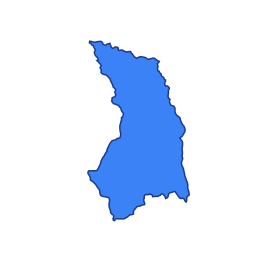 Joaquim Felício, Minas Gerais, Brazil (Natural Earth projection), rotated 327°
{"feature_id": "56859067B86267150913030", "entity_name": "Joaquim Felício", "entity_type": "district", "adm_level": 2, "iso_a3": "BRA", "parent_name": "Brazil", "parent_adm1": "Minas Gerais", "projection": "natural_earth1", "projection_center": [-44.115, -17.647], "detail": "fine", "context": "isolated", "style": "filled", "palette": "blue", "viewbox_px": 256, "rotation_deg": 327, "n_neighbors": 0, "source": "geoboundaries", "source_scale": "gbopen_adm2", "svg_char_len": 4398}
<svg xmlns="http://www.w3.org/2000/svg" viewBox="0 0 256 256"><g transform="rotate(327 128 128)"><path d="M153.1,43.1L152.9,41.3L152.0,40.2L151.0,39.7L149.8,39.2L148.7,38.7L147.5,38.3L146.5,37.6L145.4,36.7L144.4,35.4L143.1,34.3L142.0,35.6L142.9,37.1L143.0,39.1L143.8,40.6L143.3,42.0L143.3,44.1L142.3,45.4L140.9,46.3L140.3,48.4L140.2,50.1L140.6,52.0L140.7,53.7L140.0,54.7L138.7,54.4L139.2,56.4L139.3,57.9L139.6,59.6L139.5,61.3L138.2,61.6L137.3,62.5L137.3,64.3L136.6,65.6L135.6,66.8L135.9,68.4L136.9,70.0L138.1,71.0L138.8,72.3L139.3,74.6L139.6,76.6L139.2,78.6L138.9,80.6L138.8,81.9L138.6,83.5L137.9,85.4L138.3,87.1L138.8,88.6L137.6,89.9L136.3,90.9L136.2,92.3L135.4,94.0L133.8,94.7L132.2,94.1L130.8,94.2L130.4,95.3L129.2,96.1L128.8,97.8L129.2,99.8L130.7,101.5L131.7,103.2L132.6,104.4L132.3,105.8L132.9,107.3L132.0,109.4L131.9,111.2L132.2,113.0L131.5,114.0L130.7,114.9L129.6,115.6L128.2,115.7L127.5,116.7L126.9,117.9L125.6,118.6L124.6,119.9L123.4,120.7L122.0,122.2L121.0,123.9L120.2,125.3L119.5,126.9L118.7,129.1L117.4,130.6L116.1,131.7L114.7,131.6L113.2,130.8L111.7,131.1L110.5,131.0L109.0,130.3L107.3,130.1L106.1,130.5L104.8,131.0L103.3,131.8L101.6,132.9L100.4,133.6L99.3,134.2L98.2,135.1L97.6,136.3L96.3,136.4L95.2,137.0L93.9,137.7L92.3,138.7L90.9,139.0L89.4,139.9L88.0,140.7L86.8,141.6L85.9,142.6L85.0,143.2L84.0,143.9L82.8,144.5L81.7,145.3L80.5,145.8L79.4,146.5L78.0,146.5L76.4,145.5L75.1,144.6L74.1,144.1L73.1,143.4L71.9,142.6L70.4,143.1L69.6,144.8L69.7,146.4L69.6,147.8L69.3,149.3L68.1,151.1L68.6,152.4L69.2,153.5L69.6,155.2L70.1,157.5L70.1,159.8L70.2,162.8L70.3,164.4L69.8,165.7L69.1,167.1L68.5,168.5L68.5,170.0L69.1,171.0L70.0,171.9L71.4,173.3L72.7,174.5L73.5,175.4L73.9,176.7L73.5,178.2L72.5,179.4L71.8,180.2L70.8,181.3L70.0,182.5L69.1,184.3L68.6,186.0L68.4,187.7L67.5,189.0L67.3,191.0L68.2,192.7L68.1,194.1L67.2,195.0L66.0,195.9L65.5,197.5L66.3,198.4L67.6,197.5L69.0,197.8L70.3,198.8L71.6,199.7L72.8,200.5L74.2,201.5L76.0,202.2L77.5,202.1L78.7,202.3L80.3,202.1L81.3,201.7L82.7,202.1L84.2,202.8L85.8,203.1L86.4,201.9L87.1,201.0L88.6,200.1L90.4,199.6L92.1,199.0L93.3,199.0L94.8,199.6L95.8,200.1L97.2,200.2L98.6,200.6L100.2,201.3L101.0,200.3L101.4,198.3L102.1,196.5L103.5,195.7L104.1,194.5L105.4,193.4L107.3,193.8L108.4,194.9L109.8,195.0L111.0,196.2L111.9,197.6L111.3,199.0L112.7,199.8L114.4,200.6L115.8,201.7L117.0,201.6L118.3,202.0L120.0,201.6L121.0,201.9L121.4,203.1L121.6,204.4L121.7,205.9L121.2,207.6L122.8,207.9L124.3,207.3L125.2,206.4L126.2,205.4L127.6,205.2L129.2,205.6L130.5,206.1L131.6,206.2L132.7,206.7L132.9,208.4L133.0,210.8L133.0,212.9L133.2,214.8L134.2,216.1L135.7,216.6L136.4,218.0L136.2,219.3L136.0,220.5L136.3,221.7L137.4,221.2L138.5,219.6L139.5,218.2L140.5,217.7L141.7,217.7L142.9,217.4L143.8,215.7L144.4,214.1L144.8,212.4L145.4,210.8L146.2,209.6L147.1,208.4L147.6,207.3L148.1,205.9L148.5,203.6L148.9,202.1L149.3,200.4L149.8,198.6L150.5,197.0L151.0,195.6L151.5,194.3L152.2,192.7L152.6,190.9L152.7,189.0L153.4,187.1L154.4,185.7L155.3,184.9L156.2,184.3L157.3,183.4L157.7,182.0L158.3,180.7L159.5,179.4L160.7,177.7L161.1,176.5L161.7,175.3L162.9,173.9L164.1,172.5L165.1,171.1L165.8,170.0L166.2,168.6L166.1,166.2L166.1,164.6L167.3,164.5L168.4,164.6L169.7,164.1L171.4,163.2L173.2,162.3L174.6,161.1L175.3,159.6L175.7,158.3L175.9,156.4L175.5,154.4L175.8,152.9L175.9,151.5L176.4,149.9L177.1,147.8L176.6,145.8L175.8,143.9L175.7,142.1L176.3,139.9L177.3,138.4L178.3,136.8L178.3,134.6L177.3,133.4L176.4,132.4L176.5,130.7L176.9,129.0L177.7,127.8L178.8,126.8L178.4,125.6L178.4,124.2L179.1,122.8L180.0,121.8L181.1,120.5L182.2,118.5L183.5,117.9L184.4,117.0L184.4,115.7L183.9,114.2L182.6,113.4L182.3,112.2L183.1,110.6L183.9,109.8L184.9,109.2L185.6,108.3L185.1,107.1L185.3,104.8L184.5,103.1L184.7,101.7L185.2,100.5L184.7,99.1L185.0,97.5L184.2,96.3L184.9,94.7L185.7,93.4L186.7,92.9L186.9,91.7L187.7,90.0L189.3,89.8L190.5,89.1L189.5,87.9L188.9,86.4L188.7,85.1L188.1,83.9L186.9,82.9L185.6,82.6L184.4,82.0L182.6,81.7L181.8,80.6L181.3,79.1L180.2,77.5L178.8,76.3L177.5,75.0L175.8,74.6L174.6,74.3L173.3,74.5L172.7,73.1L172.0,71.5L172.0,69.9L172.0,68.5L171.6,67.0L171.8,65.3L170.2,64.3L168.9,63.8L167.5,62.8L166.5,61.1L165.5,59.3L164.1,58.6L162.8,58.2L162.3,57.0L163.4,55.8L163.1,54.5L161.9,53.4L160.9,52.9L159.8,53.2L158.5,52.8L157.9,51.1L158.4,49.7L158.5,48.2L158.9,47.1L157.4,46.7L156.0,46.2L154.5,46.6L153.4,45.5L152.6,44.3L153.1,43.1Z" fill="#3b82f6" stroke="#1e3a8a" stroke-width="1.5"/></g></svg>